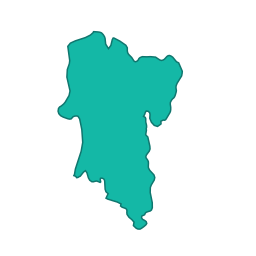 SVG path tracing the border of Lumbini, rotated 78°
{"feature_id": "NPL-1127", "entity_name": "Lumbini", "entity_type": "Administrative Zone", "adm_level": 1, "iso_a3": "NPL", "parent_name": "Nepal", "parent_adm1": "", "projection": "natural_earth1", "projection_center": [83.543, 27.795], "detail": "fine", "context": "isolated", "style": "filled", "palette": "teal", "viewbox_px": 256, "rotation_deg": 78, "n_neighbors": 0, "source": "natural_earth", "source_scale": "10m", "svg_char_len": 2691}
<svg xmlns="http://www.w3.org/2000/svg" viewBox="0 0 256 256"><g transform="rotate(78 128 128)"><path d="M171.1,176.3L168.5,177.1L163.2,177.5L160.9,178.5L161.9,180.7L165.2,184.7L165.5,186.0L166.0,187.4L165.9,188.6L164.8,189.0L164.1,189.6L163.3,190.9L163.1,190.8L162.5,190.1L157.2,188.0L141.1,178.7L132.7,175.3L120.0,173.5L109.1,173.4L106.1,174.5L105.5,175.9L105.3,177.6L105.5,179.2L107.3,181.8L107.1,183.5L106.3,185.2L103.8,189.2L101.9,191.4L99.6,192.7L97.0,192.9L94.4,191.9L93.2,190.5L92.5,188.5L91.1,185.9L89.7,184.1L84.0,178.9L79.7,177.0L65.5,177.2L58.2,175.2L52.9,172.0L50.0,171.0L35.6,169.9L33.0,166.7L31.8,161.4L30.7,150.9L29.3,145.5L27.3,142.0L26.6,141.7L26.9,140.5L27.8,137.4L28.4,135.8L28.9,134.9L29.5,134.1L30.4,133.5L31.6,132.8L33.8,132.0L35.6,131.8L41.3,132.4L46.3,130.6L43.7,127.6L38.3,125.0L36.9,123.8L37.1,123.0L37.5,122.5L41.4,117.8L46.6,112.9L49.4,112.0L52.1,112.6L53.6,112.7L55.1,112.5L56.4,111.9L59.8,109.7L63.6,108.3L64.3,107.7L64.8,106.8L64.5,105.3L64.1,104.5L63.3,103.6L62.3,102.8L61.6,101.5L61.2,99.2L62.3,94.8L62.9,91.1L64.4,86.3L67.4,83.4L68.3,82.4L68.9,81.2L68.8,79.5L68.3,78.1L66.1,75.0L65.6,73.7L65.7,72.3L66.6,70.9L68.1,69.5L73.3,66.8L74.8,64.9L83.8,63.1L85.8,63.7L88.2,64.7L94.5,70.7L96.8,72.2L98.5,72.7L101.5,72.9L103.0,73.5L105.6,74.9L107.1,75.9L108.1,77.0L108.8,78.4L109.9,79.7L111.7,81.2L113.4,81.7L116.6,81.9L118.9,82.4L120.5,83.0L121.7,83.8L127.1,88.8L127.8,89.6L128.0,90.7L127.6,91.5L127.8,93.0L128.3,94.5L129.1,94.7L130.0,94.6L131.0,95.0L132.6,98.8L130.9,101.8L127.3,103.9L123.1,104.7L119.6,103.7L117.7,103.6L115.9,104.7L115.2,106.6L116.3,107.8L118.2,108.9L119.9,110.4L121.2,108.9L122.5,108.7L125.9,109.4L129.1,109.3L131.0,109.6L132.6,110.4L133.9,110.4L138.0,112.0L138.9,111.8L140.9,110.5L150.3,110.4L153.1,110.8L155.0,112.0L158.2,115.6L159.9,116.6L161.0,116.5L163.7,115.4L165.0,115.1L166.6,115.3L169.7,116.1L171.3,116.3L174.0,115.5L179.2,112.4L182.0,112.1L184.4,113.2L188.5,117.0L190.8,118.5L195.7,119.7L206.1,119.8L211.1,120.8L213.1,122.1L213.8,123.5L213.9,125.3L214.2,127.6L214.8,128.7L216.3,129.8L216.6,131.0L216.8,132.3L217.2,132.9L218.0,133.2L219.0,133.3L220.4,132.7L221.7,131.1L223.3,129.7L225.3,129.5L226.5,130.7L227.8,133.1L228.9,135.6L229.4,137.2L228.9,139.3L227.8,140.8L224.6,143.0L221.3,141.7L218.4,143.3L215.5,145.6L212.3,146.9L210.4,146.7L209.0,146.3L207.7,146.2L206.3,146.9L204.2,150.3L202.7,151.5L200.8,150.6L198.2,153.9L193.5,162.4L192.1,164.1L188.1,161.1L185.8,162.8L183.2,163.1L175.4,161.9L174.0,161.9L173.0,162.2L172.1,163.1L171.5,164.3L171.5,165.4L172.6,165.9L175.0,165.9L175.4,166.6L174.2,168.3L173.3,169.9L173.3,171.5L173.4,173.1L173.0,174.6L171.2,176.2L171.1,176.3Z" fill="#14b8a6" stroke="#0f766e" stroke-width="1.5"/></g></svg>